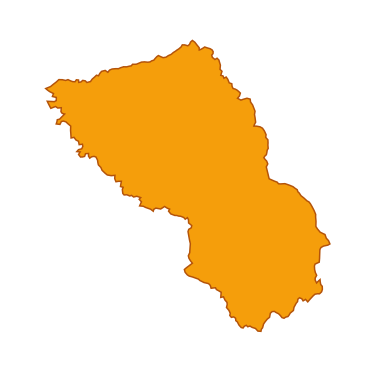 Itararé, São Paulo, Brazil (Albers equal-area conic projection), rotated 350°
{"feature_id": "56859067B6120608130234", "entity_name": "Itararé", "entity_type": "district", "adm_level": 2, "iso_a3": "BRA", "parent_name": "Brazil", "parent_adm1": "São Paulo", "projection": "albers", "projection_center": [-49.315, -24.102], "detail": "fine", "context": "isolated", "style": "filled", "palette": "amber", "viewbox_px": 384, "rotation_deg": 350, "n_neighbors": 0, "source": "geoboundaries", "source_scale": "gbopen_adm2", "svg_char_len": 4548}
<svg xmlns="http://www.w3.org/2000/svg" viewBox="0 0 384 384"><g transform="rotate(350 192 192)"><path d="M302.9,300.5L300.5,302.0L298.9,303.2L298.0,300.1L298.4,298.1L300.3,295.7L299.5,292.8L299.3,289.6L299.7,286.2L300.6,284.4L302.4,283.9L305.1,283.2L306.0,279.9L307.9,271.0L309.3,269.1L312.1,268.1L316.6,267.9L318.8,267.1L318.0,263.6L316.2,260.8L315.6,257.0L311.3,253.9L309.2,250.3L308.0,247.5L309.0,242.5L309.4,238.1L309.9,235.5L309.0,231.4L307.7,227.3L306.5,224.0L305.4,222.0L303.8,220.8L301.2,217.4L298.7,214.6L297.4,211.6L296.3,210.1L296.0,208.0L294.0,206.1L292.4,204.3L289.6,202.5L286.8,200.9L284.9,199.9L280.4,199.4L278.6,198.9L277.6,197.1L275.2,195.7L272.2,193.7L270.3,192.4L270.1,190.0L270.0,187.7L269.8,185.0L269.5,180.2L271.5,177.5L270.9,174.5L269.7,172.7L268.7,170.7L270.1,169.2L271.7,168.2L272.5,166.3L273.3,163.9L274.6,162.3L274.9,158.9L275.4,156.9L275.8,153.8L274.1,151.0L274.9,148.4L273.9,144.5L272.5,141.4L270.3,139.6L267.1,138.4L264.4,137.8L265.4,136.1L266.8,134.3L267.0,129.7L267.0,126.6L268.1,123.4L266.8,116.8L265.3,113.6L265.4,110.6L262.4,109.2L260.4,109.4L258.5,109.6L256.1,110.0L253.1,107.6L255.4,105.7L256.8,103.0L255.5,101.2L254.2,99.6L252.5,98.2L250.4,97.2L249.8,94.9L250.0,92.3L247.6,91.0L246.8,87.2L245.6,84.7L243.2,85.5L242.7,83.1L240.6,82.1L242.5,78.3L240.9,76.1L242.0,72.0L241.6,68.8L241.4,66.7L239.9,64.6L237.6,65.5L235.4,62.9L235.2,60.6L236.7,59.4L237.2,57.5L236.5,55.6L234.7,54.0L232.2,52.8L229.7,51.4L227.4,52.4L225.7,53.0L223.8,53.4L224.1,51.1L222.7,48.6L220.8,45.0L218.7,42.8L216.6,44.1L215.2,46.2L213.3,47.3L210.5,45.9L208.0,45.4L206.5,47.2L203.8,48.8L201.8,49.6L200.1,50.5L197.8,51.4L195.5,52.8L192.3,53.6L189.9,54.7L186.9,54.7L184.4,53.1L182.6,51.8L180.9,52.6L178.9,54.1L177.2,55.6L175.2,55.8L173.2,56.6L171.0,56.5L167.8,55.6L164.8,55.3L162.6,55.8L159.3,56.5L155.6,55.9L154.1,57.2L152.1,57.2L149.3,57.4L146.4,56.8L143.3,57.2L141.0,57.8L138.3,57.3L134.7,57.0L132.0,57.6L129.9,59.5L127.6,57.2L123.9,57.5L121.9,59.1L120.1,61.3L118.2,60.4L116.0,61.9L113.3,63.5L111.2,65.6L107.5,65.9L106.2,64.0L103.8,63.1L101.6,64.4L99.5,64.4L99.7,62.0L97.6,61.4L96.0,63.1L93.7,62.6L91.6,61.4L89.4,59.8L86.9,60.2L83.8,58.9L80.4,58.2L77.1,60.3L74.2,61.8L71.0,63.6L65.9,64.7L67.2,66.3L69.2,68.4L72.7,71.0L71.1,73.7L74.8,75.3L74.2,78.4L72.1,79.1L68.2,78.2L65.2,77.5L66.0,80.4L67.5,85.1L72.4,84.1L74.4,86.0L77.9,86.3L76.9,90.2L77.8,92.0L80.1,93.1L76.4,95.7L74.2,97.3L71.9,97.4L71.2,99.3L70.1,101.4L73.7,102.5L75.6,99.9L77.6,99.8L80.0,101.0L81.7,103.3L84.0,106.0L83.1,110.3L82.8,113.4L82.3,117.8L85.3,117.7L86.8,120.7L89.0,122.3L89.1,125.8L92.4,125.9L92.4,128.1L90.9,130.3L87.6,130.6L85.6,132.2L88.8,133.1L86.8,135.4L88.3,138.2L90.2,138.5L92.4,138.3L93.8,135.8L96.8,136.1L96.3,138.7L97.2,140.9L99.2,139.9L101.7,139.9L103.5,140.9L104.5,144.2L104.4,146.9L104.5,149.0L106.5,152.0L107.2,155.0L109.6,158.3L111.5,160.5L115.3,161.9L119.0,162.2L118.2,165.4L118.9,168.7L121.5,168.7L124.3,169.2L123.2,172.2L122.5,174.2L125.0,175.4L123.8,177.5L123.6,181.4L124.6,183.1L127.4,183.4L130.0,185.1L131.8,184.8L133.7,186.8L136.9,186.6L140.5,188.6L138.7,190.0L140.5,192.9L138.0,196.6L141.6,197.6L143.4,199.0L148.3,201.8L150.5,204.2L151.4,202.4L153.6,201.6L158.2,203.3L162.5,201.5L164.9,203.7L167.0,205.0L165.6,206.8L167.3,209.9L171.0,212.1L173.0,212.5L174.7,213.4L176.6,213.9L179.5,215.7L180.6,217.6L183.0,216.5L183.7,218.6L183.3,221.9L185.9,225.0L185.1,227.1L182.3,228.2L181.2,230.3L181.2,234.8L181.2,238.6L181.4,242.6L179.2,251.4L177.3,254.2L177.5,256.8L178.5,259.4L180.0,262.2L173.2,265.7L171.0,267.0L171.3,269.9L173.0,272.8L174.6,274.3L177.8,275.8L183.2,278.9L184.5,280.6L186.3,281.9L188.0,283.2L192.4,285.1L193.8,287.2L194.1,290.1L196.1,290.2L198.5,290.4L199.1,292.3L201.0,293.8L203.3,295.8L202.7,298.2L202.0,300.8L204.8,300.7L205.7,304.1L207.3,306.8L207.1,309.0L205.9,311.7L207.8,315.0L208.6,318.0L207.8,320.2L209.0,322.3L211.3,322.2L213.0,323.9L212.8,326.3L214.1,327.8L215.1,331.1L216.9,334.0L218.7,334.8L220.2,333.3L222.3,332.7L223.5,334.4L225.8,334.1L227.6,335.7L230.8,337.4L232.7,340.4L235.7,341.2L236.5,339.2L237.9,338.0L239.6,334.4L241.6,332.4L244.0,330.3L246.6,328.9L248.1,325.0L250.1,323.7L252.4,323.9L254.0,325.4L256.1,326.9L257.5,328.9L258.8,331.3L260.7,332.3L262.5,331.5L264.9,331.3L266.4,329.9L267.7,328.3L269.7,327.2L271.3,326.3L272.4,323.3L275.4,319.5L276.9,318.3L277.6,316.0L279.5,314.8L281.6,316.2L282.5,318.5L285.2,317.5L286.9,320.3L290.1,317.7L293.4,315.2L295.4,314.0L298.0,314.0L299.9,314.4L302.3,312.8L303.5,310.5L303.9,307.5L302.7,305.4L302.7,302.6L302.9,300.5Z" fill="#f59e0b" stroke="#b45309" stroke-width="1.5"/></g></svg>